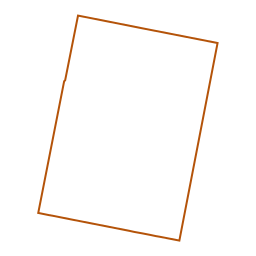 Gage, Nebraska, United States of America, rotated 11°
{"feature_id": "52423323B4603468379444", "entity_name": "Gage", "entity_type": "district", "adm_level": 2, "iso_a3": "USA", "parent_name": "United States of America", "parent_adm1": "Nebraska", "projection": "robinson", "projection_center": [-96.689, 40.262], "detail": "fine", "context": "isolated", "style": "outline", "palette": "amber", "viewbox_px": 256, "rotation_deg": 11, "n_neighbors": 0, "source": "geoboundaries", "source_scale": "gbopen_adm2", "svg_char_len": 450}
<svg xmlns="http://www.w3.org/2000/svg" viewBox="0 0 256 256"><g transform="rotate(11 128 128)"><path d="M91.3,228.6L149.5,228.7L153.3,228.8L155.0,228.8L162.4,228.7L162.7,228.7L165.8,228.7L170.0,228.7L176.0,228.8L179.7,228.7L197.9,228.7L198.6,228.7L199.9,228.7L199.8,128.0L199.7,27.5L122.6,27.4L57.5,27.2L57.2,93.2L56.4,94.3L56.1,228.5L67.6,228.6L68.3,228.5L69.3,228.6L69.7,228.5L91.3,228.6Z" fill="none" stroke="#b45309" stroke-width="2"/></g></svg>